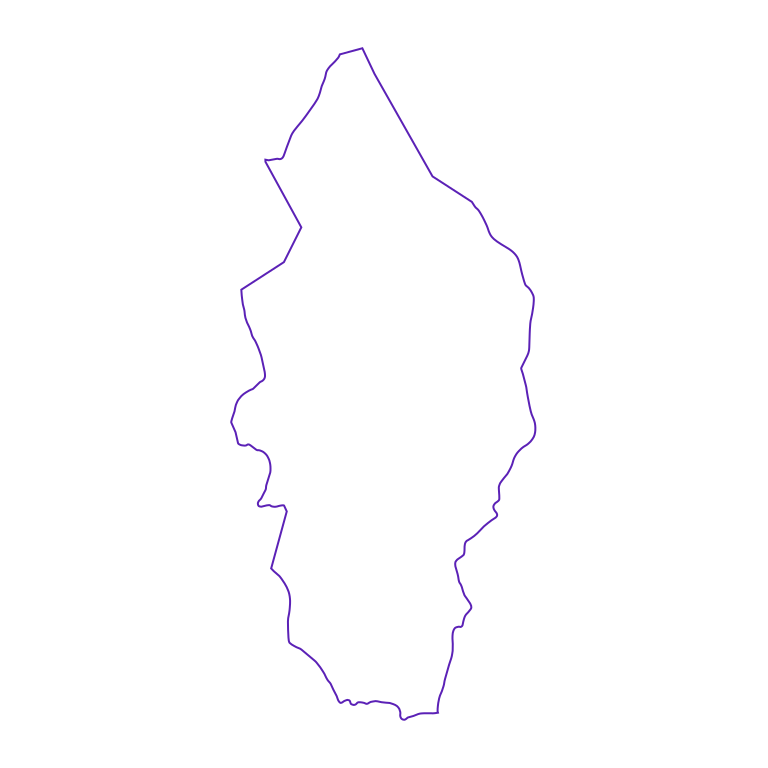 the district of San Pedro de Tutule, La Paz, Honduras, rotated 181°
{"feature_id": "27666195B44797155238261", "entity_name": "San Pedro de Tutule", "entity_type": "district", "adm_level": 2, "iso_a3": "HND", "parent_name": "Honduras", "parent_adm1": "La Paz", "projection": "equal_earth", "projection_center": [-87.851, 14.246], "detail": "fine", "context": "isolated", "style": "outline", "palette": "violet", "viewbox_px": 768, "rotation_deg": 181, "n_neighbors": 0, "source": "geoboundaries", "source_scale": "gbopen_adm2", "svg_char_len": 6073}
<svg xmlns="http://www.w3.org/2000/svg" viewBox="0 0 768 768"><g transform="rotate(181 384 384)"><path d="M528.3,475.8L527.8,470.1L527.2,465.6L526.5,461.1L525.0,455.7L524.7,454.0L524.3,450.6L523.7,447.7L522.8,445.2L522.0,443.0L519.9,438.9L518.8,436.4L518.0,434.3L517.2,431.5L516.6,429.7L515.5,427.7L513.8,425.3L512.9,423.6L511.0,419.6L510.0,417.2L507.6,410.9L506.9,408.5L503.5,394.0L503.2,391.8L503.1,389.7L503.3,388.5L503.7,387.3L504.3,386.4L505.1,385.5L506.0,384.8L507.8,383.9L508.5,383.3L514.6,377.1L515.3,376.6L516.9,376.0L518.9,375.0L521.8,373.2L524.2,371.5L526.5,369.4L527.6,368.0L528.7,366.6L529.7,365.2L530.4,363.8L531.1,362.1L531.7,360.6L532.3,358.0L533.0,354.0L535.2,347.1L535.9,344.4L536.1,343.2L535.8,342.3L531.6,333.2L528.9,322.3L528.4,321.6L527.4,321.0L526.0,320.4L524.9,320.2L522.9,320.0L522.0,320.0L521.0,320.1L520.4,320.4L519.3,321.1L518.9,321.2L518.4,321.2L517.8,321.1L516.5,320.4L510.5,316.0L509.5,315.6L508.0,315.6L506.9,315.4L505.0,314.7L503.6,314.0L502.4,313.1L501.5,312.3L500.5,311.3L499.5,310.0L498.7,308.6L498.0,307.2L497.3,305.6L496.6,302.9L496.3,301.3L496.1,299.6L496.0,297.5L496.0,295.4L496.2,293.5L499.9,280.8L500.1,279.6L500.2,277.6L500.4,276.6L500.8,275.6L502.4,272.4L504.6,267.8L505.4,266.6L506.9,265.1L507.4,264.3L507.7,263.7L508.0,262.8L508.0,261.9L507.8,261.0L507.5,260.3L507.1,259.8L506.5,259.5L505.6,259.3L504.4,259.2L499.1,260.6L497.6,260.8L496.5,260.9L495.8,260.7L494.6,259.9L493.7,259.6L492.3,259.4L490.9,259.3L489.0,259.6L486.7,260.3L485.4,260.6L483.7,260.9L482.2,260.9L481.8,260.7L481.7,260.5L479.0,254.9L493.6,197.6L490.8,194.8L485.3,190.2L484.2,188.9L482.9,187.2L479.9,182.9L477.8,179.3L476.3,176.0L475.7,174.5L475.1,172.5L474.6,170.1L474.3,167.9L474.1,165.6L474.1,162.5L474.3,158.6L474.5,156.0L474.9,152.8L475.7,148.3L475.8,146.8L475.9,144.7L475.6,136.4L475.1,128.8L474.7,125.6L474.5,125.0L474.2,124.1L473.8,123.5L473.4,123.2L471.7,121.9L469.4,120.6L466.9,119.3L463.3,117.9L461.9,117.0L448.8,106.4L447.4,105.2L446.1,103.7L442.8,99.6L440.0,95.5L438.6,93.3L436.6,89.3L435.4,87.3L434.5,86.1L432.9,84.4L432.1,83.3L429.3,77.5L425.9,71.2L424.7,68.0L424.2,66.8L423.2,65.4L422.3,64.6L421.7,64.4L420.9,64.6L420.2,64.9L419.0,65.8L418.1,66.4L415.9,67.3L415.0,67.5L413.6,67.2L413.1,67.0L412.8,66.7L412.4,66.0L411.9,64.4L411.6,63.8L411.2,63.4L410.1,62.9L408.9,62.6L407.8,62.7L406.8,63.1L406.1,63.7L405.0,64.9L404.6,65.1L404.1,65.3L402.4,65.4L400.4,65.2L398.3,64.8L396.4,64.0L395.6,63.9L394.6,64.2L393.1,65.2L391.7,65.9L389.3,66.4L386.9,66.8L384.9,66.6L380.9,65.8L376.5,65.4L372.9,65.2L372.1,65.0L369.2,64.1L367.2,63.3L365.4,62.2L364.2,61.0L363.6,60.2L363.0,59.3L362.5,57.8L362.0,56.3L361.9,55.0L362.0,53.5L362.0,52.7L361.8,51.7L361.5,50.9L360.9,49.9L360.2,49.3L359.4,48.9L358.5,48.7L357.6,48.7L356.8,49.0L355.8,49.7L354.7,50.7L354.2,51.0L348.8,52.6L344.0,54.6L342.2,55.1L340.6,55.3L337.9,55.5L329.0,55.6L327.1,55.8L324.3,56.3L324.5,57.0L324.7,57.7L324.7,60.3L324.5,63.1L324.2,66.0L323.4,70.5L322.6,73.4L320.8,77.8L319.3,82.6L318.8,84.6L318.3,88.0L317.8,90.2L314.0,104.5L312.0,110.9L311.5,112.9L311.1,115.3L310.7,118.3L310.7,122.3L310.7,125.3L311.1,130.7L311.1,133.4L310.9,136.2L310.4,138.2L310.0,139.3L309.4,140.4L308.8,141.2L308.1,141.7L307.2,142.1L305.3,142.6L304.4,142.6L303.4,142.4L302.9,142.5L302.4,142.8L301.8,143.3L301.4,143.9L301.2,144.5L300.6,147.7L300.0,150.2L299.5,151.9L298.9,153.4L298.0,154.9L295.8,157.3L293.7,160.0L293.0,161.1L292.8,162.0L292.9,163.0L293.0,163.8L294.0,166.0L297.8,171.4L299.1,173.1L299.8,174.1L301.4,178.2L302.6,182.2L303.3,183.9L303.9,185.1L304.9,186.5L305.4,187.5L305.9,189.3L306.5,192.8L307.1,195.3L308.8,200.9L309.4,202.8L309.6,204.3L309.7,205.5L309.6,206.3L309.5,207.2L308.8,208.4L307.7,209.7L306.5,210.6L303.4,212.8L301.5,214.4L301.2,215.0L300.9,215.9L300.7,217.3L300.6,219.1L300.6,223.0L300.3,225.4L300.0,226.4L299.7,227.2L299.3,227.7L298.6,228.6L297.2,229.4L294.3,231.3L291.2,233.6L288.2,236.3L281.6,243.4L277.9,246.6L274.0,249.7L270.0,252.4L269.4,253.1L268.9,253.7L268.7,254.3L268.6,254.8L268.6,255.4L268.8,256.1L269.3,257.1L271.1,259.3L271.9,260.7L272.2,261.5L272.4,262.2L272.5,263.3L272.4,264.0L272.1,264.8L271.8,265.3L271.2,266.2L270.6,266.9L268.9,268.1L267.8,269.0L267.1,269.8L266.8,270.4L266.7,271.5L266.8,274.6L267.3,280.4L267.4,282.5L267.3,283.4L267.1,284.2L266.5,286.0L266.0,287.1L264.7,289.0L262.4,292.1L259.1,296.2L257.5,299.1L256.0,302.1L255.0,304.4L254.3,306.4L253.3,310.1L252.6,312.1L251.7,314.0L250.5,316.1L249.3,317.8L248.1,319.2L245.5,321.9L243.4,323.6L240.4,325.5L239.1,326.5L237.7,327.8L236.4,329.1L234.7,331.4L233.4,333.6L232.6,335.7L232.1,338.1L231.9,340.2L231.9,342.9L232.1,345.4L232.5,347.7L233.1,349.7L233.7,351.3L235.8,356.1L236.8,359.3L238.1,364.6L240.0,373.6L240.8,377.8L241.7,383.3L242.2,385.3L245.3,396.4L246.9,401.0L247.1,402.1L247.0,402.6L246.2,404.3L242.8,411.5L241.2,414.9L240.3,417.2L239.7,419.6L239.5,421.1L239.4,423.3L239.2,437.1L239.1,441.3L238.8,447.0L238.5,449.7L237.1,456.8L236.2,463.2L235.9,466.1L235.7,469.6L235.7,471.3L235.8,473.1L236.1,474.5L236.5,475.6L237.8,478.1L239.0,480.1L240.1,481.5L241.0,482.6L243.8,484.9L244.3,485.6L244.7,486.4L245.7,489.2L247.8,496.2L248.7,499.6L250.0,505.0L250.7,507.6L251.4,509.6L252.1,511.4L253.1,513.3L254.3,515.0L255.8,516.7L257.7,518.5L259.8,520.1L261.6,521.3L269.3,525.8L273.4,528.4L276.7,530.9L278.6,532.8L279.9,534.5L280.9,536.3L281.9,538.5L283.3,542.4L284.2,544.5L286.7,549.6L288.3,552.6L290.1,555.7L291.7,558.2L292.5,559.3L293.4,560.3L295.5,562.1L296.6,563.5L299.3,567.6L339.1,592.4L398.9,693.9L411.5,719.3L433.9,712.8L434.8,710.6L435.5,709.4L438.6,705.7L441.7,702.5L443.4,700.8L445.1,698.6L446.3,696.7L446.9,695.5L447.3,694.2L448.0,690.4L448.6,688.1L449.5,685.6L451.4,680.9L451.9,679.1L452.7,675.9L453.2,674.0L454.3,670.6L455.4,668.0L456.7,665.8L458.6,662.7L466.6,651.0L470.3,645.9L475.1,639.9L478.4,635.6L480.1,632.9L480.6,631.9L481.2,630.6L485.3,619.2L487.4,612.9L488.4,610.1L489.0,609.0L489.6,608.2L490.2,607.7L490.9,607.3L491.6,607.1L492.5,607.0L494.1,607.3L495.0,607.3L503.0,605.7L503.6,605.7L506.5,606.2L506.4,604.1L469.4,539.2L486.2,504.1L528.3,475.8Z" fill="none" stroke="#5b21b6" stroke-width="2"/></g></svg>